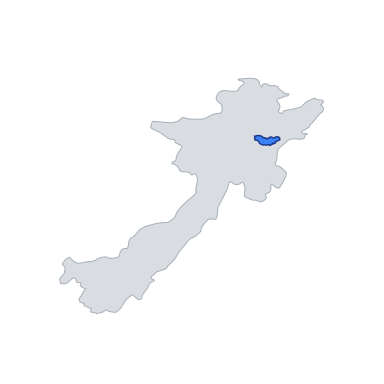 Ngoi, Louangphrabang, Laos shown in context, rotated 76°
{"feature_id": "54806243B52412809783440", "entity_name": "Ngoi", "entity_type": "district", "adm_level": 2, "iso_a3": "LAO", "parent_name": "Laos", "parent_adm1": "Louangphrabang", "projection": "equal_earth", "projection_center": [102.68, 20.655], "detail": "fine", "context": "in_parent", "style": "filled", "palette": "blue", "viewbox_px": 384, "rotation_deg": 76, "n_neighbors": 0, "source": "geoboundaries", "source_scale": "gbopen_adm2", "svg_char_len": 6513}
<svg xmlns="http://www.w3.org/2000/svg" viewBox="0 0 384 384"><g transform="rotate(76 192 192)"><path d="M145.9,46.4L147.3,49.6L153.9,58.5L155.1,60.9L157.5,62.7L159.6,70.6L160.4,71.1L161.5,70.5L162.4,69.4L163.1,66.4L163.5,66.1L164.3,68.6L166.2,69.3L167.0,70.4L167.2,72.3L167.0,74.3L165.4,78.7L164.4,84.8L171.0,97.7L173.7,99.5L180.3,101.6L184.7,104.4L186.7,103.8L188.7,100.6L191.0,98.8L195.4,96.0L196.7,95.8L199.1,96.9L203.1,100.2L209.2,106.2L209.0,107.8L207.9,109.4L204.7,111.8L203.6,113.3L204.3,113.9L206.9,114.3L210.1,115.6L211.1,117.2L211.6,120.8L212.2,121.5L215.2,121.1L216.1,121.6L217.1,122.8L218.2,125.7L218.2,128.0L215.3,132.0L214.9,134.3L213.4,137.1L209.4,141.9L208.4,142.2L200.9,139.5L195.0,139.9L194.6,140.9L195.6,143.8L195.9,146.6L194.9,148.8L191.6,151.6L191.4,152.8L192.1,154.1L197.1,156.6L212.9,170.3L220.1,172.9L223.3,174.6L224.1,175.6L224.1,176.8L223.2,178.3L222.6,181.0L222.5,182.6L223.3,184.1L224.6,186.5L229.0,191.7L232.3,192.9L235.7,198.9L236.7,204.1L238.4,207.5L246.7,218.7L253.6,225.7L257.7,233.2L259.7,234.9L260.4,237.6L260.9,245.5L263.3,249.5L263.9,251.1L264.9,252.3L266.0,252.5L268.4,249.9L268.9,250.3L270.1,254.5L271.1,256.0L274.7,258.6L278.6,263.6L280.7,265.4L283.3,266.9L283.7,268.5L283.2,270.1L282.4,271.1L277.9,274.1L277.3,275.3L280.4,281.8L287.9,289.8L290.3,294.6L289.8,296.9L287.7,301.6L286.2,302.8L285.8,304.3L287.0,308.1L286.9,314.0L285.5,315.4L284.2,319.0L283.3,319.3L281.0,317.9L276.2,324.1L274.1,323.8L271.8,327.3L268.7,327.7L266.5,325.2L261.9,321.0L260.2,318.4L258.8,320.7L256.4,322.8L253.0,322.0L252.1,325.2L251.5,325.7L247.4,326.2L246.6,326.7L247.3,329.6L249.7,334.4L250.5,337.1L249.0,341.6L244.7,341.5L242.8,339.7L240.4,335.9L234.9,333.3L231.2,335.1L230.1,335.0L227.4,331.8L226.3,329.7L225.7,326.6L229.9,324.1L232.0,322.2L233.4,320.1L233.9,318.0L234.5,309.1L235.2,306.0L234.8,302.1L233.6,299.1L233.6,294.5L234.2,290.9L235.8,289.0L236.9,286.4L237.5,280.5L237.0,278.9L235.4,277.5L232.8,276.1L231.1,274.4L230.5,272.3L230.5,270.4L231.3,268.8L229.3,267.1L224.6,265.1L221.9,262.8L221.3,260.0L219.3,256.4L215.9,252.0L214.1,245.6L213.9,237.3L214.2,230.6L215.7,222.8L213.7,217.1L211.5,214.1L208.4,212.0L205.5,208.8L202.8,204.7L199.5,198.7L195.6,190.7L193.0,187.2L191.7,188.0L188.9,187.2L184.7,184.9L181.0,183.7L177.9,183.5L175.8,184.0L174.9,185.2L174.8,186.5L175.6,187.6L175.2,188.6L173.5,189.2L172.2,190.5L170.7,193.5L169.7,197.3L168.1,198.8L165.7,199.1L163.4,200.2L161.0,202.1L159.9,203.5L160.0,204.4L159.5,204.7L158.4,204.1L157.9,202.9L157.9,200.9L156.7,199.5L154.3,198.8L151.5,196.7L146.2,191.2L145.0,190.9L143.3,192.4L141.0,195.4L139.1,196.7L137.6,196.0L136.5,197.1L135.7,199.9L134.2,202.2L127.1,208.1L120.6,215.8L119.0,216.5L115.1,214.3L113.9,212.8L119.3,197.1L120.1,193.3L119.9,188.3L117.7,184.1L117.6,182.9L118.0,181.6L120.7,176.7L123.9,164.2L123.7,160.3L122.4,156.0L121.6,152.0L122.2,146.5L122.0,144.3L120.5,143.2L115.7,142.1L112.9,143.0L111.5,144.5L109.9,145.5L106.8,146.0L103.9,144.1L101.5,141.0L101.0,137.1L104.0,128.7L104.8,125.5L104.7,124.0L104.2,122.4L103.5,122.2L101.9,120.3L100.4,116.8L99.0,115.2L97.7,115.5L96.4,116.8L94.4,120.1L93.7,119.7L95.6,108.2L97.3,103.3L99.3,101.0L101.4,100.1L103.6,100.4L105.5,100.0L107.0,98.8L106.8,98.1L105.1,98.0L104.4,96.7L104.8,94.2L105.6,92.6L106.8,91.9L108.0,89.5L109.1,85.3L110.5,83.1L112.1,83.1L114.9,81.3L118.9,77.8L120.4,74.3L121.9,75.9L121.3,79.9L122.1,80.7L122.4,82.1L122.2,84.3L122.5,86.2L123.1,87.1L124.0,87.6L128.2,86.0L130.7,85.9L134.9,88.8L137.4,86.6L137.4,85.8L135.4,83.1L136.0,73.0L135.8,65.4L132.4,59.8L131.7,57.5L131.3,53.8L130.4,50.7L132.8,48.1L134.2,43.5L135.9,42.4L136.4,42.5L138.5,46.0L141.2,44.3L143.2,44.3L144.9,45.2L145.9,46.4Z" fill="#d9dde1" stroke="#a8b0b8" stroke-width="1"/><path d="M159.2,95.6L159.2,95.8L159.2,96.0L159.1,96.3L159.0,96.6L158.9,96.7L158.9,96.8L158.9,97.0L158.9,97.3L158.9,97.5L159.0,97.8L159.0,98.0L159.3,98.4L159.3,98.5L159.4,98.9L159.4,99.0L159.3,99.3L159.3,99.5L159.2,99.7L159.1,99.8L159.1,100.0L159.0,100.3L158.9,100.4L158.8,100.5L158.7,100.6L158.6,100.8L158.5,101.0L158.4,101.0L158.2,101.4L158.1,101.5L157.9,101.8L157.8,102.0L157.7,102.1L157.7,102.3L157.6,102.6L157.7,103.0L157.8,103.1L157.9,103.3L158.0,103.4L158.0,103.6L158.1,103.8L158.2,104.1L158.2,104.4L158.2,104.6L158.2,104.9L158.2,105.1L158.2,105.4L158.2,105.5L158.2,105.8L158.3,105.9L158.5,105.9L158.6,106.1L158.5,106.3L158.5,106.5L158.4,106.8L158.3,107.0L158.2,107.1L157.8,107.2L157.5,107.4L157.4,107.5L157.3,108.2L157.2,108.3L157.2,108.6L157.0,108.9L156.9,108.9L156.8,109.1L156.6,109.2L156.4,109.6L156.4,109.8L156.2,109.8L156.0,110.1L155.8,110.3L155.5,110.4L155.3,110.5L155.1,110.6L155.0,110.8L154.9,111.0L154.7,111.2L154.4,111.5L154.3,111.8L154.2,111.9L154.2,112.0L153.9,112.4L153.7,112.7L153.7,112.8L153.6,113.0L153.5,113.4L153.4,113.5L153.3,113.9L153.2,114.0L153.2,114.4L153.2,114.6L153.1,114.8L153.1,115.0L153.1,115.4L153.1,115.5L153.0,115.8L153.0,116.0L153.1,116.3L153.2,116.5L153.2,116.8L153.2,117.0L153.1,117.4L153.3,117.3L153.5,117.4L153.6,117.5L153.8,117.7L153.8,117.8L154.0,117.9L154.3,118.0L154.5,118.0L154.8,118.1L155.0,118.1L155.3,118.2L155.6,118.2L155.7,118.3L155.9,118.3L156.1,118.3L156.4,118.3L156.5,118.3L156.7,118.2L156.9,118.0L157.1,117.5L157.4,117.1L157.6,116.3L157.8,115.9L158.1,115.6L158.6,115.4L160.0,115.0L161.1,114.5L161.8,114.0L162.4,113.5L162.6,113.1L163.0,112.6L163.4,111.8L163.5,111.7L163.6,111.3L163.6,111.1L163.7,110.9L163.7,110.6L163.7,110.2L163.9,109.7L164.1,109.4L164.2,109.2L164.3,108.9L164.4,108.6L164.4,108.4L164.4,108.2L164.5,107.9L164.5,107.7L164.4,107.1L164.5,107.0L164.5,106.8L164.6,106.5L164.7,106.2L164.8,106.1L165.0,105.9L165.3,105.8L165.3,105.7L165.4,105.4L165.5,105.3L165.6,105.0L165.8,104.6L165.9,104.4L166.0,104.3L166.1,104.2L165.9,104.3L165.6,104.5L165.3,104.4L165.2,104.1L165.2,103.9L165.0,103.7L165.0,103.3L165.0,103.1L165.0,102.9L165.0,102.7L165.0,102.4L164.9,102.3L164.8,102.2L164.7,102.0L164.6,101.9L164.7,101.7L164.4,101.7L164.2,101.6L164.3,101.5L164.4,101.3L164.4,101.2L164.5,101.1L164.7,100.8L164.8,100.5L164.8,100.1L164.8,99.9L164.7,99.5L164.4,99.2L164.2,98.9L163.9,98.9L163.6,98.9L163.4,98.8L163.4,98.7L163.4,98.4L163.3,98.1L163.1,97.3L162.9,96.7L162.9,96.3L163.0,95.8L163.0,95.5L162.7,95.1L162.6,94.6L162.6,94.2L162.2,94.2L161.8,94.2L161.7,94.0L161.7,93.9L161.7,93.7L161.7,93.8L161.6,94.0L161.4,94.0L161.2,94.1L161.1,93.9L160.9,93.9L160.8,94.0L160.7,94.1L160.5,94.3L160.4,94.3L160.4,94.5L160.2,94.5L159.9,94.7L159.8,94.8L159.7,94.8L159.7,95.0L159.4,95.2L159.3,95.3L159.2,95.4L159.2,95.5L159.2,95.6Z" fill="#3b82f6" stroke="#1e3a8a" stroke-width="1.5"/></g></svg>